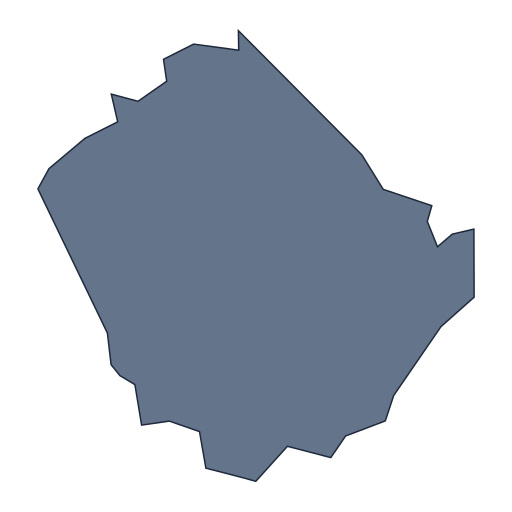 Appomattox, Virginia, United States of America (Albers equal-area conic projection)
{"feature_id": "52423323B11653599208682", "entity_name": "Appomattox", "entity_type": "district", "adm_level": 2, "iso_a3": "USA", "parent_name": "United States of America", "parent_adm1": "Virginia", "projection": "albers", "projection_center": [-78.811, 37.377], "detail": "fine", "context": "isolated", "style": "filled", "palette": "slate", "viewbox_px": 512, "rotation_deg": 0, "n_neighbors": 0, "source": "geoboundaries", "source_scale": "gbopen_adm2", "svg_char_len": 554}
<svg xmlns="http://www.w3.org/2000/svg" viewBox="0 0 512 512"><path d="M238.4,30.7L238.7,50.2L193.6,44.1L163.5,59.3L166.7,81.2L138.0,101.3L111.3,94.1L117.7,121.8L85.0,138.3L49.0,168.6L37.9,188.9L107.4,333.1L111.1,364.7L119.9,375.6L134.9,384.6L141.6,425.1L169.3,421.1L199.5,431.6L205.9,468.2L239.4,476.8L255.8,481.3L287.4,446.3L330.8,457.6L345.6,436.0L385.3,420.9L393.7,395.5L440.9,326.7L474.1,297.2L473.9,229.1L452.3,234.1L437.5,246.8L427.3,221.4L431.8,205.7L383.3,189.4L361.8,154.8L238.4,30.7Z" fill="#64748b" stroke="#1e293b" stroke-width="1.5"/></svg>